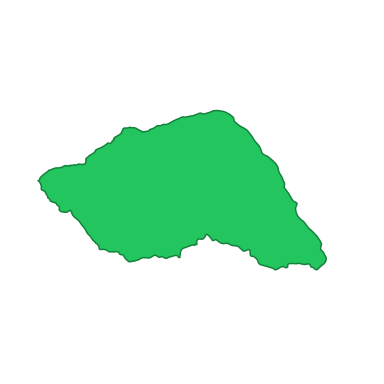 the district of Pachavita, Boyacá, Colombia, rotated 109°
{"feature_id": "7082276B87179033828230", "entity_name": "Pachavita", "entity_type": "district", "adm_level": 2, "iso_a3": "COL", "parent_name": "Colombia", "parent_adm1": "Boyacá", "projection": "albers", "projection_center": [-73.397, 5.151], "detail": "fine", "context": "isolated", "style": "filled", "palette": "green", "viewbox_px": 384, "rotation_deg": 109, "n_neighbors": 0, "source": "geoboundaries", "source_scale": "gbopen_adm2", "svg_char_len": 6069}
<svg xmlns="http://www.w3.org/2000/svg" viewBox="0 0 384 384"><g transform="rotate(109 192 192)"><path d="M276.0,223.8L275.7,223.5L274.7,222.2L273.9,221.0L273.4,220.4L271.9,219.1L270.9,218.1L270.3,217.3L269.8,216.4L268.6,211.8L268.1,210.8L267.7,210.1L264.7,207.6L264.0,206.7L263.7,206.2L263.7,205.7L264.4,202.2L264.4,201.6L263.2,200.0L262.9,199.3L263.0,198.1L263.3,196.2L263.2,195.2L263.1,194.6L262.6,194.0L261.7,193.1L261.0,192.3L257.5,187.3L257.2,186.5L257.0,185.5L257.4,184.4L258.0,183.5L258.2,182.8L258.0,182.3L257.7,182.2L256.6,182.4L254.9,182.9L253.3,183.2L252.0,183.3L250.8,183.3L249.8,183.1L249.1,182.8L248.1,182.0L243.0,175.7L241.7,173.8L241.6,173.2L241.6,172.5L241.3,172.0L240.7,171.7L240.4,171.2L240.3,170.8L240.0,170.4L239.2,170.6L237.3,171.5L236.6,171.5L235.6,171.4L234.7,170.8L234.2,170.3L233.8,169.2L233.6,167.9L233.2,166.9L232.8,166.3L232.3,165.9L230.0,165.1L228.1,164.9L227.6,164.8L227.4,164.5L227.2,163.9L227.6,162.5L228.4,161.0L229.8,158.6L231.1,157.1L231.0,156.4L230.7,155.7L229.6,154.6L229.3,154.0L229.3,153.3L230.4,150.2L230.7,148.8L230.9,147.8L230.8,146.7L230.7,145.8L229.4,143.1L229.2,142.1L229.0,140.4L229.5,137.9L229.4,136.1L228.5,132.4L228.4,131.6L228.5,130.6L228.7,129.9L230.8,125.1L231.1,124.3L230.9,123.5L230.5,122.7L228.7,120.7L228.2,120.0L228.0,119.3L228.1,118.7L228.4,118.2L229.1,117.8L232.3,116.5L233.0,116.1L233.3,115.4L233.3,114.5L233.0,113.2L233.0,112.3L233.7,110.2L234.8,108.2L235.4,107.5L236.8,106.5L237.5,106.0L237.9,105.2L238.2,104.6L238.4,103.2L237.9,94.9L237.8,90.8L238.0,89.4L238.4,88.4L238.4,87.8L238.1,87.3L237.0,86.0L234.4,83.9L233.7,83.2L233.4,82.7L232.9,81.7L232.8,81.1L232.9,79.4L233.1,78.8L233.0,78.5L232.6,77.7L231.8,77.2L231.2,77.3L230.5,77.6L229.3,77.7L228.7,77.4L228.0,76.5L227.6,75.7L227.5,75.3L226.6,72.9L226.0,70.3L224.7,67.9L224.0,62.2L223.4,60.9L222.6,59.6L222.0,58.3L222.1,57.2L222.9,56.1L223.4,55.8L224.0,55.2L224.2,54.8L224.1,54.3L224.0,53.8L224.1,52.6L225.0,50.0L225.0,49.4L224.7,48.5L224.5,48.1L222.7,47.4L219.8,45.8L216.8,43.8L214.8,43.2L213.4,43.0L212.3,43.1L210.4,43.8L209.0,45.2L208.3,46.2L206.8,47.6L205.9,48.6L205.4,49.9L204.9,50.7L204.7,51.3L203.9,51.8L202.9,52.2L201.6,52.4L200.4,52.4L199.0,52.6L198.2,53.3L196.3,55.2L194.0,58.3L193.0,59.5L192.3,61.0L190.2,65.1L188.4,69.3L187.7,70.7L186.9,71.9L184.9,74.8L183.6,76.9L182.9,79.3L181.8,81.8L179.9,84.7L178.4,86.1L176.9,87.2L174.5,88.5L173.6,88.8L172.6,88.9L171.0,88.8L169.8,88.8L169.2,88.9L168.3,89.3L168.0,90.1L167.9,91.1L167.9,92.2L167.5,93.3L166.8,94.5L161.5,100.7L160.6,102.2L159.5,103.7L158.9,104.8L158.1,105.8L157.5,106.3L154.3,107.1L153.4,107.5L152.6,108.3L152.0,109.1L151.2,109.8L150.2,110.4L148.4,112.1L145.3,115.8L143.1,117.5L141.0,118.6L139.8,119.7L137.7,122.4L136.7,124.7L135.6,127.0L133.8,131.7L133.3,136.2L132.9,137.5L132.2,138.8L130.7,139.8L129.0,141.1L127.4,142.6L126.6,143.6L122.9,149.9L119.9,153.4L115.9,159.5L114.8,163.1L114.1,167.6L113.5,169.7L113.1,171.0L112.3,172.8L112.2,173.3L111.9,174.0L111.1,175.2L110.6,175.6L109.1,176.4L108.5,176.8L107.6,178.0L107.3,178.9L106.3,181.7L106.0,183.5L105.9,184.8L105.7,186.1L105.6,187.8L105.7,189.1L106.2,191.9L106.5,193.9L107.1,195.8L108.3,198.3L109.6,199.8L110.7,200.9L114.2,205.8L114.6,206.7L114.6,208.0L114.5,208.9L114.5,209.3L115.0,210.4L119.2,215.3L119.7,216.2L121.0,218.7L121.5,219.3L121.7,219.9L122.6,221.1L123.5,223.0L123.8,224.7L124.3,225.6L124.8,226.3L126.7,228.2L129.8,231.7L132.0,233.7L135.9,237.2L136.2,237.6L136.7,238.8L137.1,240.3L137.4,240.9L138.0,241.7L139.2,242.9L139.7,243.6L140.0,244.7L140.6,246.3L140.9,246.7L142.5,247.6L144.8,249.7L146.5,252.0L148.2,253.0L148.6,253.4L149.3,254.3L149.8,255.6L150.4,256.4L150.9,257.3L151.1,259.1L150.7,261.3L150.5,263.7L150.0,265.0L150.0,267.3L150.1,267.9L151.1,270.5L151.0,270.8L150.9,271.4L151.0,271.9L151.9,272.9L152.9,274.7L153.4,276.5L153.8,277.1L154.7,277.7L155.6,277.8L156.3,277.6L156.7,277.7L158.2,278.0L158.6,278.1L159.2,278.0L159.8,278.1L160.4,278.7L161.3,279.0L161.6,279.2L162.5,280.3L164.7,282.0L165.2,282.5L165.7,283.0L166.9,283.3L167.1,283.2L167.2,282.9L167.3,282.9L168.0,283.4L168.3,283.4L168.6,283.1L169.2,283.3L169.8,284.0L170.9,284.1L171.5,284.2L172.0,284.6L172.6,285.0L172.8,285.3L172.9,286.0L172.9,287.0L173.3,287.6L175.0,288.6L175.9,289.3L178.6,291.4L179.3,292.2L180.7,293.5L182.9,296.1L183.9,296.7L185.4,296.9L186.1,297.1L186.8,297.5L188.2,298.5L191.0,300.9L193.1,302.0L194.0,302.5L194.8,303.1L195.2,303.1L195.6,303.0L197.5,302.2L199.2,302.2L199.8,302.3L200.3,302.5L200.7,302.9L201.2,303.8L202.0,305.9L202.4,308.2L202.8,308.7L203.2,309.1L204.3,309.9L204.4,310.6L204.3,311.0L204.4,311.6L205.7,313.8L206.7,316.4L207.4,316.3L207.5,316.7L207.7,317.3L207.6,318.4L208.5,320.6L209.0,321.4L210.4,322.6L211.9,324.3L212.5,325.7L213.7,328.7L214.5,330.0L216.8,332.6L217.5,333.7L218.2,334.4L219.5,335.1L223.9,338.1L225.4,339.0L227.7,340.0L228.5,340.3L229.6,340.1L230.4,340.2L230.8,340.3L231.4,341.0L231.8,340.1L232.4,339.2L233.3,338.0L235.6,336.3L238.5,335.4L238.9,334.7L239.1,333.5L239.1,332.6L239.3,331.6L239.8,330.8L241.9,328.7L242.9,327.2L244.4,326.5L244.9,324.8L245.4,324.2L246.1,323.6L246.6,322.8L246.8,322.2L246.7,321.3L246.8,320.7L247.0,320.2L246.7,317.8L246.8,317.0L247.2,316.5L248.0,315.7L248.3,314.9L248.7,313.8L249.7,312.3L250.5,312.1L251.6,312.0L252.3,311.5L252.9,310.6L253.1,309.4L253.0,307.9L252.5,305.5L252.2,304.4L251.8,303.7L249.7,302.0L249.2,301.2L249.2,300.6L249.5,300.1L250.5,299.2L251.8,298.2L252.5,297.5L253.1,296.6L253.8,295.5L254.3,294.2L255.5,290.9L256.2,289.4L259.4,285.0L261.3,281.8L263.1,279.6L264.8,277.9L265.3,277.2L267.2,273.5L268.0,272.4L268.9,271.4L269.7,270.2L270.2,269.2L271.1,267.0L271.8,266.2L272.0,265.0L272.3,264.4L272.6,263.9L273.8,262.4L274.5,261.8L275.8,261.2L276.2,260.9L276.3,260.5L275.8,258.7L275.1,257.3L274.7,255.2L274.7,254.3L275.0,252.8L275.5,251.5L275.5,251.0L274.3,246.8L273.3,244.7L273.0,244.0L272.8,242.4L273.0,241.7L273.4,241.1L274.0,240.5L274.4,239.7L274.5,239.1L274.3,238.5L273.9,237.3L274.0,236.7L274.5,235.9L276.5,233.5L277.2,232.2L278.3,229.5L278.4,228.8L278.2,227.9L277.5,226.7L276.3,224.7L276.0,223.8Z" fill="#22c55e" stroke="#15803d" stroke-width="1.5"/></g></svg>